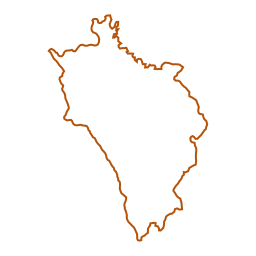 the district of Salto da Divisa, Minas Gerais, Brazil
{"feature_id": "56859067B24281725110671", "entity_name": "Salto da Divisa", "entity_type": "district", "adm_level": 2, "iso_a3": "BRA", "parent_name": "Brazil", "parent_adm1": "Minas Gerais", "projection": "natural_earth1", "projection_center": [-40.049, -16.122], "detail": "fine", "context": "isolated", "style": "outline", "palette": "amber", "viewbox_px": 256, "rotation_deg": 0, "n_neighbors": 0, "source": "geoboundaries", "source_scale": "gbopen_adm2", "svg_char_len": 4225}
<svg xmlns="http://www.w3.org/2000/svg" viewBox="0 0 256 256"><path d="M182.1,209.3L181.9,207.1L181.6,204.7L181.5,202.9L180.3,198.6L178.4,197.6L176.8,196.0L174.7,192.5L173.5,191.0L173.6,189.4L174.9,187.4L175.8,186.0L178.1,183.4L179.3,181.4L181.4,178.7L182.5,175.9L183.9,174.7L183.8,172.1L185.4,172.3L186.7,171.8L188.1,171.2L189.3,168.0L192.7,165.9L195.7,164.6L195.9,162.7L196.2,160.5L195.9,158.3L195.9,155.7L196.0,152.9L196.3,151.2L196.3,148.8L195.7,146.9L194.9,145.5L194.6,142.8L191.9,142.2L190.7,140.9L190.3,138.3L191.2,136.8L192.6,136.1L193.9,136.8L195.4,138.8L197.3,138.8L201.2,134.9L204.4,130.3L205.7,129.3L206.3,126.8L207.2,124.3L206.3,121.0L204.0,118.8L203.5,117.3L202.8,114.5L199.8,113.9L198.7,112.9L198.3,111.5L198.3,109.6L198.8,107.0L197.4,103.4L196.2,100.2L191.8,97.3L189.4,96.3L189.2,94.0L189.4,92.1L185.5,87.5L183.9,86.5L182.8,85.4L181.4,83.8L179.9,81.5L178.0,80.7L175.4,80.5L174.1,79.1L174.6,76.9L176.8,75.6L177.7,72.9L180.2,71.3L181.2,70.4L183.1,67.2L181.5,66.1L180.3,65.1L178.8,64.4L177.3,64.4L175.5,64.2L173.4,64.4L171.8,64.0L170.6,63.6L169.1,63.1L165.7,62.6L164.5,62.9L162.1,65.0L161.4,66.6L161.4,69.1L159.2,68.9L157.3,69.2L154.6,68.8L155.5,67.0L154.9,65.7L153.5,65.3L151.1,65.5L149.7,64.7L148.0,67.3L145.1,67.5L145.6,64.1L142.8,64.2L141.6,60.4L140.9,59.2L138.9,58.8L137.0,59.6L136.9,61.8L134.7,59.9L134.9,57.4L133.3,57.4L132.4,55.9L133.1,53.7L131.6,53.5L129.5,53.5L127.8,53.6L126.6,52.0L128.0,51.2L127.2,49.8L126.3,47.8L124.4,48.1L122.6,48.1L120.0,48.6L118.6,46.8L118.6,45.0L121.1,43.4L119.9,42.5L118.3,41.3L118.3,37.8L116.0,35.8L114.5,37.6L113.1,37.6L114.0,34.2L117.1,33.8L116.6,31.9L118.1,29.3L116.2,29.8L116.6,26.8L118.0,25.7L118.2,21.9L116.6,21.9L115.7,23.1L114.4,27.0L112.1,28.8L110.4,27.0L109.6,24.2L110.7,21.4L111.5,19.6L110.8,18.1L110.2,15.4L106.7,15.6L105.1,16.9L105.7,18.7L104.5,20.7L102.3,21.6L101.3,22.8L99.4,23.1L98.2,22.5L97.9,20.5L96.9,19.1L95.1,18.9L93.2,19.3L92.4,20.5L93.2,21.6L92.9,23.9L91.8,26.3L91.5,28.4L91.8,30.6L93.2,32.4L94.9,32.9L96.3,33.7L97.3,35.0L98.4,36.6L99.1,38.7L99.1,40.5L98.8,42.5L97.9,44.3L96.6,45.2L95.2,45.5L93.5,45.3L91.3,44.7L89.2,45.0L87.8,45.6L85.8,45.8L83.8,45.3L82.4,44.7L80.4,45.1L79.1,46.3L78.0,47.6L76.6,49.5L75.3,51.2L73.4,51.2L71.9,49.8L70.0,50.4L68.3,50.5L66.6,50.6L65.0,51.4L64.1,52.7L63.2,54.9L61.8,56.2L60.3,56.3L58.9,55.8L57.8,54.2L57.2,52.9L55.8,52.5L54.8,51.2L53.5,50.0L51.5,48.9L49.8,49.7L48.8,51.0L50.1,52.0L51.1,53.2L51.8,54.9L52.7,56.5L53.5,58.2L55.0,59.8L56.5,61.1L57.6,62.6L58.8,64.4L60.0,66.0L61.8,67.7L63.0,69.5L64.1,71.2L63.0,72.9L62.4,74.2L62.2,76.1L61.0,76.7L59.8,77.6L59.5,79.5L60.1,80.7L60.6,82.2L61.6,84.0L63.2,85.4L62.8,87.2L62.1,88.8L62.4,90.3L63.8,92.2L64.7,93.7L65.2,95.9L65.4,98.4L66.2,100.2L67.0,102.0L67.7,103.8L68.3,105.5L68.7,107.2L68.7,108.6L68.0,109.8L67.0,111.3L66.4,112.9L65.9,114.4L65.2,115.6L64.1,117.0L64.3,118.7L65.6,119.7L67.2,120.4L69.0,120.1L71.0,119.9L72.0,120.9L72.6,122.6L73.6,124.2L74.9,125.0L76.1,125.3L77.4,125.3L78.7,125.0L80.7,124.8L82.7,125.4L84.1,125.7L85.6,125.7L86.9,126.3L88.0,128.1L88.6,130.3L89.7,131.1L90.2,132.9L91.6,134.9L92.9,137.2L94.6,138.0L95.7,140.0L96.5,141.8L97.3,142.9L98.2,144.0L99.1,144.9L100.2,146.0L100.9,147.4L101.5,148.8L102.4,150.1L103.8,151.5L105.4,153.5L106.2,155.7L106.5,157.7L107.7,159.9L109.2,160.7L110.1,162.2L111.0,164.1L112.4,166.4L113.8,167.8L114.4,170.2L115.9,171.6L116.7,173.4L117.2,174.7L117.3,176.7L118.2,178.5L118.2,180.3L119.6,181.6L120.0,183.4L120.0,186.0L119.8,187.8L120.0,189.4L120.5,190.9L121.4,193.2L122.9,194.4L124.6,195.9L126.2,197.3L126.1,199.3L125.6,201.2L124.6,203.4L124.3,205.1L124.7,207.1L124.9,209.1L125.7,210.7L126.4,213.1L126.9,215.7L126.7,217.5L127.1,219.3L127.8,220.7L128.6,222.1L130.2,223.6L131.3,224.9L132.3,225.9L133.7,227.2L135.0,229.3L136.0,231.8L137.0,233.8L137.2,236.0L137.2,238.7L137.8,240.0L139.1,240.6L141.3,240.2L141.4,237.5L142.8,236.4L144.6,235.6L145.6,234.6L148.0,232.7L147.9,230.7L148.0,228.8L148.9,227.0L149.9,225.9L150.4,223.4L152.6,223.0L154.2,222.8L155.6,223.0L155.4,225.8L157.9,226.4L159.1,228.7L159.0,230.4L160.7,230.5L163.2,228.0L164.0,225.1L164.1,221.7L165.4,219.4L165.9,217.0L167.0,215.7L170.3,213.8L171.8,213.8L174.3,211.7L174.9,209.2L177.0,208.4L179.5,209.6L182.1,209.3Z" fill="none" stroke="#b45309" stroke-width="2"/></svg>